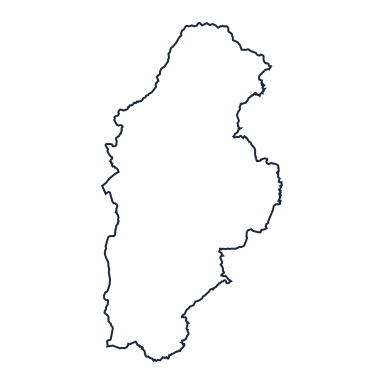 Libano, Tolima, Colombia (Natural Earth projection)
{"feature_id": "7082276B41774659854292", "entity_name": "Libano", "entity_type": "district", "adm_level": 2, "iso_a3": "COL", "parent_name": "Colombia", "parent_adm1": "Tolima", "projection": "natural_earth1", "projection_center": [-75.046, 4.876], "detail": "fine", "context": "isolated", "style": "outline", "palette": "slate", "viewbox_px": 384, "rotation_deg": 0, "n_neighbors": 0, "source": "geoboundaries", "source_scale": "gbopen_adm2", "svg_char_len": 6014}
<svg xmlns="http://www.w3.org/2000/svg" viewBox="0 0 384 384"><path d="M225.0,280.3L225.9,281.1L226.3,282.7L227.1,283.2L228.7,283.0L229.9,281.5L230.9,281.1L228.7,279.5L225.4,275.7L223.6,276.2L221.3,275.5L221.7,274.5L223.8,272.9L224.0,272.3L223.0,271.0L222.9,268.7L222.1,266.3L220.7,264.7L222.1,262.9L222.1,261.9L220.4,257.9L220.6,256.9L221.1,256.2L223.0,255.7L221.8,254.5L221.7,253.1L219.2,251.7L220.1,248.7L221.5,249.3L222.0,248.7L226.7,249.1L227.8,248.5L229.8,249.1L230.7,248.7L236.0,248.7L239.8,246.8L241.4,247.1L244.0,245.7L246.0,241.2L247.1,237.4L246.5,236.7L246.6,233.1L247.7,230.5L251.0,229.2L253.3,231.0L259.9,232.5L260.7,232.0L261.0,230.5L261.5,230.0L264.4,229.4L266.7,228.0L265.7,226.4L266.2,224.3L268.3,222.9L268.3,221.1L272.9,210.0L273.8,206.0L275.7,204.3L279.7,204.2L280.2,203.6L279.8,201.7L280.6,201.1L280.6,200.7L279.6,200.5L279.2,201.8L278.3,201.1L279.5,199.0L279.9,196.9L281.0,195.1L280.7,194.6L279.7,195.1L279.2,194.2L279.4,193.4L280.6,192.5L280.1,191.8L280.6,191.2L280.5,190.6L279.3,190.1L279.0,189.5L280.1,188.9L281.0,187.3L281.1,186.5L280.3,186.0L281.8,185.2L281.4,182.2L279.4,182.2L278.7,181.7L279.7,178.5L278.1,177.1L278.2,174.6L277.0,172.8L277.4,172.1L278.3,172.4L278.7,171.0L278.7,169.0L278.1,167.9L278.5,167.0L277.9,165.1L274.9,163.7L272.8,163.6L271.5,162.9L268.5,164.1L266.9,163.1L266.3,161.6L267.3,159.6L267.2,159.0L264.7,158.3L260.7,159.7L260.6,160.5L259.8,160.8L256.8,161.1L255.1,154.9L255.1,149.7L254.3,147.9L251.5,144.8L250.7,142.6L249.2,141.9L246.8,138.0L245.8,137.7L245.6,137.0L244.4,136.2L243.3,138.0L240.5,135.8L238.7,137.2L237.7,136.9L234.8,137.5L233.8,137.2L233.3,136.5L234.4,135.7L234.8,134.2L237.7,132.0L238.3,129.9L240.4,128.4L238.7,128.4L238.8,127.1L238.1,126.3L238.0,124.6L237.5,123.3L238.6,121.7L238.9,120.6L236.9,115.2L238.4,111.3L239.4,110.3L240.0,108.7L239.6,106.8L240.5,105.4L240.7,104.0L241.3,103.5L241.9,103.8L245.5,102.9L247.3,100.9L248.7,98.0L250.4,96.9L251.6,95.5L252.5,95.6L254.5,93.5L255.2,94.2L255.7,93.1L256.5,93.4L257.3,94.9L258.7,95.1L259.7,95.9L260.2,94.2L261.4,93.0L262.7,93.3L262.4,91.7L263.7,91.0L263.8,90.0L264.6,89.0L263.1,89.3L262.5,87.5L264.2,85.3L263.3,85.0L262.3,85.6L261.9,85.3L261.8,84.8L262.4,83.9L261.7,83.8L261.3,83.1L261.9,82.4L261.6,81.6L262.0,80.4L259.3,79.6L259.0,77.9L259.3,75.9L265.0,70.1L267.7,69.1L269.2,69.4L271.0,66.3L269.1,65.9L268.4,63.9L267.6,63.3L265.8,63.3L264.7,62.5L263.5,59.9L263.7,56.6L262.9,55.4L260.7,54.5L259.5,55.6L258.0,55.2L256.8,54.4L255.8,52.9L251.0,51.1L248.2,49.3L244.8,49.9L241.5,49.6L240.1,45.4L237.6,42.2L232.9,40.1L232.7,37.3L231.5,33.6L228.4,31.4L228.3,28.0L226.7,26.2L224.5,26.4L222.9,25.9L221.8,26.4L220.5,26.2L218.2,27.7L215.3,25.2L212.8,24.1L209.6,25.0L206.8,23.1L202.2,25.4L199.9,23.2L199.1,23.0L198.0,23.6L196.9,25.5L194.0,26.3L191.9,25.4L189.0,26.4L186.8,25.7L185.6,26.5L183.8,29.5L182.0,30.7L181.1,33.3L181.2,35.7L179.6,36.8L176.3,42.6L173.5,46.0L170.8,48.2L169.9,52.0L168.4,53.9L169.1,57.6L168.2,59.3L167.9,61.6L164.6,66.4L161.3,68.8L160.1,71.5L159.8,74.5L158.4,75.1L156.8,77.0L158.4,80.9L155.9,83.5L155.6,85.3L156.1,86.3L155.8,87.1L151.7,92.4L148.8,93.9L148.1,95.2L146.3,95.6L145.4,97.4L143.2,98.2L142.4,99.9L140.7,101.4L138.9,101.3L138.1,102.0L137.1,101.5L136.0,103.1L134.1,102.7L132.9,104.6L131.3,105.4L129.7,105.4L128.9,107.0L127.9,107.4L127.9,108.6L127.2,109.3L123.9,110.5L120.1,109.5L118.9,110.8L118.3,112.3L118.9,113.6L118.6,114.5L117.7,115.7L115.8,116.1L114.5,117.2L114.8,118.6L114.3,119.9L116.9,124.9L118.4,125.5L121.0,125.1L122.3,126.0L122.7,126.8L121.6,128.1L121.7,130.6L120.7,133.6L119.7,134.4L119.2,135.9L116.3,137.8L116.1,139.6L116.7,141.2L116.3,145.0L115.4,146.1L113.4,146.4L112.7,146.1L112.1,144.5L109.9,144.0L106.3,144.1L105.7,144.6L105.8,146.0L108.1,149.4L107.4,151.0L108.0,152.5L110.4,156.3L112.2,157.3L112.0,158.8L110.9,159.6L110.1,161.2L111.1,161.9L110.9,162.6L111.2,163.3L112.4,163.5L112.0,165.1L112.3,165.9L112.9,166.6L113.8,166.2L114.8,166.9L115.1,167.7L116.4,168.2L117.8,169.7L118.6,171.9L115.7,173.5L109.3,178.5L106.1,182.8L102.2,185.9L105.7,193.9L106.7,192.9L108.4,192.0L109.9,192.4L112.5,201.8L113.9,203.4L115.0,203.3L117.3,205.2L117.2,206.8L116.3,208.9L116.6,210.5L115.8,212.1L116.6,212.4L116.6,213.4L117.7,214.6L118.5,217.2L118.0,220.1L118.7,221.5L117.9,222.4L118.1,223.5L116.4,225.5L115.3,230.9L115.0,234.8L113.9,236.0L110.1,236.1L108.3,237.0L105.8,245.6L105.6,246.9L106.2,248.7L105.1,250.7L104.8,252.4L105.0,254.6L106.3,258.4L108.2,262.0L108.3,265.8L109.3,269.4L108.8,272.1L110.0,279.3L109.7,284.2L107.7,290.6L107.1,291.5L105.5,292.1L104.1,295.2L104.1,298.0L104.5,298.8L105.3,299.6L107.9,300.3L108.1,300.8L107.7,304.6L106.1,306.9L106.0,309.3L104.8,310.9L104.5,312.8L107.9,315.7L108.5,317.3L108.5,321.2L110.7,323.8L111.5,326.0L112.6,327.1L112.8,328.5L110.8,338.8L110.4,339.8L107.7,340.5L107.0,341.3L107.6,344.7L107.3,346.5L112.8,345.6L119.9,348.3L121.7,347.9L124.6,348.2L127.1,346.9L127.4,346.0L128.0,345.4L128.3,343.8L129.7,344.3L135.4,341.7L136.9,343.5L137.4,345.0L138.6,345.1L139.7,346.6L140.6,346.2L141.2,347.1L142.0,347.1L141.9,348.5L142.8,348.3L142.9,349.4L144.7,351.3L145.1,354.4L146.2,356.5L148.4,356.7L149.6,357.8L152.4,358.8L153.7,360.8L154.9,359.7L156.1,361.0L157.7,359.9L160.2,360.4L162.7,357.4L164.1,357.4L165.0,358.2L166.6,357.1L168.0,358.6L168.8,357.7L169.1,355.3L170.8,354.9L171.4,354.0L173.2,353.6L176.9,351.4L177.8,351.6L179.2,350.5L180.1,351.0L181.5,348.4L182.5,347.9L184.1,345.7L184.5,344.6L184.3,344.0L183.2,344.6L182.7,343.3L181.2,342.4L182.2,341.7L182.1,340.7L184.6,339.9L186.2,338.6L187.0,336.0L188.5,334.0L188.5,333.0L187.6,331.3L187.7,329.7L186.7,329.3L186.5,328.8L187.5,324.4L187.3,323.1L188.3,322.9L186.0,320.7L186.3,318.3L185.5,317.2L184.2,317.5L183.2,316.9L182.0,317.2L181.7,316.8L182.8,315.0L184.5,314.3L186.7,309.6L188.5,308.5L189.8,306.6L193.5,305.3L195.4,301.6L198.9,300.6L201.9,298.6L203.0,296.4L204.3,295.9L208.8,291.8L210.5,289.4L212.5,288.7L213.1,289.4L214.0,288.1L216.2,286.7L217.6,284.7L218.4,284.6L219.1,283.3L220.0,283.2L221.6,281.6L223.0,281.4L224.1,280.5L225.0,280.3Z" fill="none" stroke="#1e293b" stroke-width="2"/></svg>